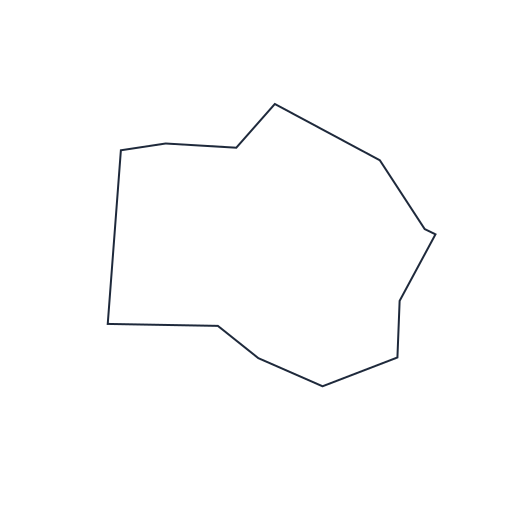 Kokand city, Ferghana, Uzbekistan, rotated 56°
{"feature_id": "79887680B18672713259949", "entity_name": "Kokand city", "entity_type": "district", "adm_level": 2, "iso_a3": "UZB", "parent_name": "Uzbekistan", "parent_adm1": "Ferghana", "projection": "robinson", "projection_center": [70.933, 40.526], "detail": "fine", "context": "isolated", "style": "outline", "palette": "slate", "viewbox_px": 512, "rotation_deg": 56, "n_neighbors": 0, "source": "geoboundaries", "source_scale": "gbopen_adm2", "svg_char_len": 330}
<svg xmlns="http://www.w3.org/2000/svg" viewBox="0 0 512 512"><g transform="rotate(56 256 256)"><path d="M401.2,273.7L419.2,195.5L373.5,162.0L338.4,95.1L328.0,101.1L245.9,99.8L140.5,155.4L155.2,211.8L112.2,268.0L92.8,308.9L229.4,416.9L292.6,326.7L342.0,311.2L401.2,273.7Z" fill="none" stroke="#1e293b" stroke-width="2"/></g></svg>